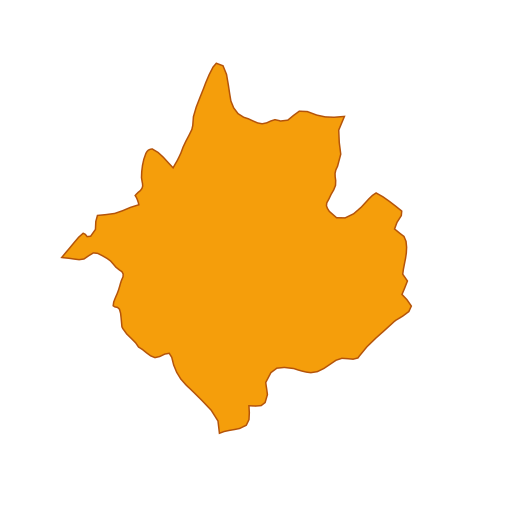 outline of Morelos, rotated 216°
{"feature_id": "MEX-2732", "entity_name": "Morelos", "entity_type": "State", "adm_level": 1, "iso_a3": "MEX", "parent_name": "Mexico", "parent_adm1": "", "projection": "robinson", "projection_center": [-99.0, 18.746], "detail": "fine", "context": "isolated", "style": "filled", "palette": "amber", "viewbox_px": 512, "rotation_deg": 216, "n_neighbors": 0, "source": "natural_earth", "source_scale": "10m", "svg_char_len": 3191}
<svg xmlns="http://www.w3.org/2000/svg" viewBox="0 0 512 512"><g transform="rotate(216 256 256)"><path d="M412.3,140.6L411.9,147.2L411.4,153.8L411.0,160.4L410.5,167.0L409.2,172.8L406.8,173.2L404.0,172.4L401.4,174.8L401.5,183.1L405.9,189.8L408.1,195.6L401.7,201.3L395.3,207.4L390.5,214.3L386.1,221.6L380.9,228.6L382.8,230.2L384.9,231.7L387.1,233.0L389.3,233.9L389.2,234.9L389.1,236.0L388.9,237.0L388.8,238.0L388.0,241.0L388.0,243.7L388.8,246.0L390.5,248.0L391.6,249.0L392.7,250.1L393.7,251.1L394.7,252.1L398.1,257.2L401.1,262.6L403.6,268.3L405.4,274.3L405.6,276.5L405.3,278.4L404.3,280.1L402.9,281.6L396.1,282.2L389.0,281.4L381.8,279.9L374.9,278.6L375.4,282.8L375.8,286.9L376.5,291.1L377.3,295.2L379.0,301.3L380.2,307.6L381.1,314.0L382.2,320.3L382.5,321.3L383.0,322.3L383.4,323.3L383.8,324.3L388.5,331.9L391.9,341.4L394.5,351.3L396.8,360.4L398.5,366.6L400.5,375.3L401.8,383.6L401.4,388.6L394.5,390.5L386.6,385.6L378.8,378.0L372.5,371.6L367.4,366.6L361.1,362.7L354.2,360.6L347.5,361.0L342.9,362.5L337.8,363.5L332.9,364.6L328.7,366.6L325.6,370.0L323.4,373.9L320.8,377.4L316.5,379.3L316.2,379.3L315.8,379.5L315.5,379.6L310.1,384.6L308.3,391.7L306.1,398.6L299.4,403.0L289.7,405.7L281.8,409.2L274.4,414.1L266.5,420.9L263.1,406.5L255.4,396.8L247.3,388.2L242.8,376.6L242.0,372.5L240.6,369.3L238.5,366.6L235.9,363.9L233.2,359.9L232.0,355.2L231.5,350.1L230.5,344.8L230.0,340.6L228.5,338.0L226.0,336.4L222.9,335.2L213.3,334.3L206.3,339.2L201.8,347.6L199.5,357.6L198.9,362.9L198.3,368.4L197.4,373.5L195.9,377.6L188.1,378.5L180.3,378.6L172.4,378.4L164.5,378.0L162.2,374.1L161.7,366.1L159.8,359.3L153.0,358.9L147.8,358.8L143.2,356.0L139.3,351.6L136.1,346.7L133.6,341.9L131.2,336.7L128.9,331.8L126.6,327.5L118.8,324.8L116.9,317.5L115.3,310.7L108.3,309.4L100.9,306.8L99.7,300.9L102.0,293.5L105.2,286.0L105.2,285.7L105.3,285.3L105.5,285.0L105.6,284.6L108.1,272.3L110.8,260.0L112.9,247.9L113.6,235.9L113.6,235.3L113.6,234.6L113.6,234.0L113.6,233.4L116.8,229.6L121.5,226.8L126.4,223.7L130.0,218.7L132.4,212.0L135.0,204.9L138.4,198.5L143.1,193.8L147.0,191.7L151.0,190.0L155.1,188.5L159.2,187.2L167.6,182.5L173.2,177.5L175.4,170.4L173.8,159.4L171.7,157.2L169.5,155.0L167.4,152.8L165.3,150.6L162.5,142.8L163.9,138.0L168.1,134.4L173.7,130.7L169.3,125.3L165.5,119.5L164.4,113.4L167.9,106.8L171.4,103.0L175.1,99.2L178.6,95.3L181.4,91.1L189.8,100.2L201.6,104.9L214.5,107.3L226.1,109.1L228.9,109.5L231.6,109.9L234.4,110.2L237.1,110.6L244.6,112.3L251.8,115.3L258.5,119.4L264.6,124.5L269.0,126.3L272.1,123.1L274.8,118.1L278.0,114.4L282.5,113.3L287.6,113.3L292.8,113.6L297.5,113.3L302.3,115.0L308.4,116.0L314.7,116.9L320.5,118.8L321.2,119.0L321.8,119.4L322.5,119.7L323.1,120.2L325.9,123.4L328.9,126.8L331.9,130.1L335.2,132.7L337.8,133.0L340.2,131.9L342.3,131.8L344.1,135.2L344.4,136.5L344.8,137.8L345.1,139.1L345.4,140.3L346.2,144.0L347.2,147.6L348.4,151.1L349.7,154.6L349.9,155.3L350.2,156.1L350.4,156.8L350.6,157.6L351.4,161.1L352.9,163.4L355.3,164.5L358.4,164.4L362.8,164.6L366.8,165.6L370.8,166.5L375.1,166.5L380.6,165.9L385.6,165.1L389.4,162.9L391.5,157.9L393.4,152.5L396.9,149.1L401.4,146.6L406.4,144.0L407.9,143.1L409.3,142.3L410.8,141.4L412.3,140.6Z" fill="#f59e0b" stroke="#b45309" stroke-width="1.5"/></g></svg>